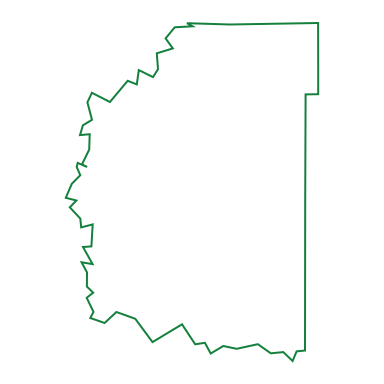 Daviess, Indiana, United States of America (Robinson projection)
{"feature_id": "52423323B20266765570331", "entity_name": "Daviess", "entity_type": "district", "adm_level": 2, "iso_a3": "USA", "parent_name": "United States of America", "parent_adm1": "Indiana", "projection": "robinson", "projection_center": [-87.15, 38.698], "detail": "fine", "context": "isolated", "style": "outline", "palette": "green", "viewbox_px": 384, "rotation_deg": 0, "n_neighbors": 0, "source": "geoboundaries", "source_scale": "gbopen_adm2", "svg_char_len": 848}
<svg xmlns="http://www.w3.org/2000/svg" viewBox="0 0 384 384"><path d="M187.0,23.2L192.5,26.3L174.7,27.3L165.6,38.4L172.8,48.4L156.8,53.3L158.0,69.2L153.0,77.1L138.8,70.1L136.8,84.4L127.7,80.8L109.9,102.0L91.9,92.8L87.4,102.3L92.0,119.8L82.9,125.3L80.0,135.1L89.7,134.2L89.2,149.6L82.0,164.3L87.1,167.0L77.7,162.9L76.7,167.0L80.3,175.2L71.8,183.8L65.8,197.8L76.4,200.5L69.8,207.3L80.3,218.6L81.2,227.4L92.7,224.4L91.4,246.4L83.0,247.0L92.6,264.1L81.6,262.3L87.0,272.4L86.9,286.6L93.2,292.7L86.7,297.8L93.5,311.9L90.3,318.0L104.6,323.0L116.4,312.0L135.3,318.8L152.5,342.1L182.0,324.3L195.2,344.3L204.9,342.8L210.7,353.5L223.3,346.0L236.6,348.8L257.9,344.2L270.8,353.3L283.3,352.1L292.6,361.0L296.6,351.4L305.0,350.5L305.2,201.8L305.6,94.4L318.2,94.2L318.2,67.8L318.1,23.0L229.7,24.5L187.0,23.2Z" fill="none" stroke="#15803d" stroke-width="2"/></svg>